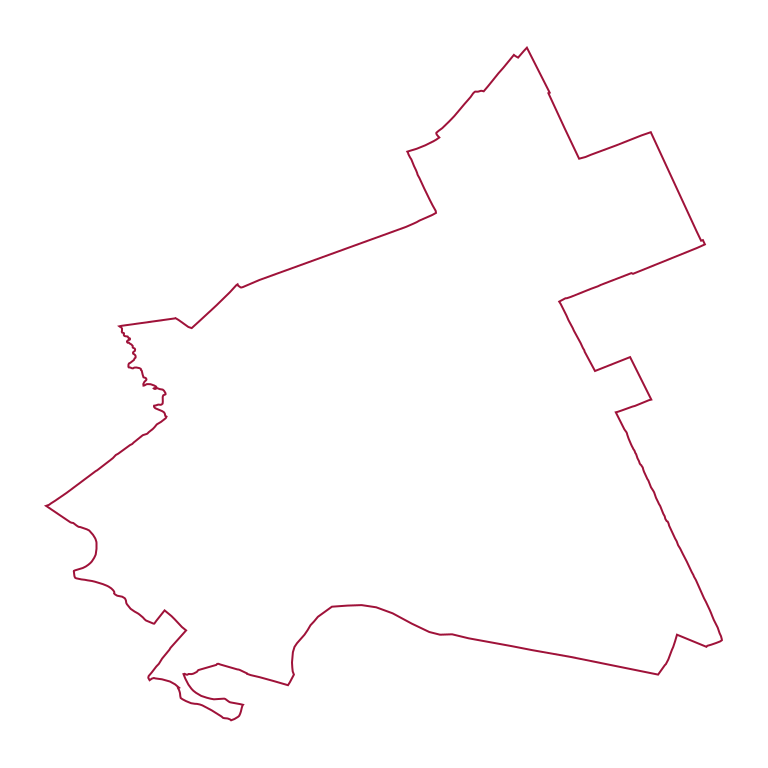 outline of Parscoveni, Olt, Romania
{"feature_id": "2599482B95439392945311", "entity_name": "Parscoveni", "entity_type": "district", "adm_level": 2, "iso_a3": "ROU", "parent_name": "Romania", "parent_adm1": "Olt", "projection": "robinson", "projection_center": [24.206, 44.311], "detail": "fine", "context": "isolated", "style": "outline", "palette": "rose", "viewbox_px": 768, "rotation_deg": 0, "n_neighbors": 0, "source": "geoboundaries", "source_scale": "gbopen_adm2", "svg_char_len": 6066}
<svg xmlns="http://www.w3.org/2000/svg" viewBox="0 0 768 768"><path d="M704.9,244.4L702.9,240.1L701.1,240.7L696.5,231.1L650.8,132.2L641.5,135.4L616.2,145.4L590.8,154.8L585.5,157.0L579.1,158.7L564.6,128.2L548.4,93.2L549.7,92.7L526.9,47.7L523.9,50.9L518.1,57.6L515.1,55.9L513.9,54.9L503.3,67.8L498.6,73.1L487.8,86.5L483.7,91.3L481.6,90.8L480.6,90.9L478.3,91.6L477.5,91.7L475.6,91.6L475.0,91.7L474.1,92.4L473.1,93.4L470.6,97.0L464.4,104.1L454.3,116.1L449.3,121.3L442.2,128.2L438.9,130.6L436.4,132.7L436.3,133.4L436.7,134.5L437.9,136.0L439.3,137.5L436.3,139.6L433.9,141.0L425.3,145.3L416.6,148.8L407.3,151.6L408.1,153.0L408.4,154.2L410.1,157.5L411.3,159.3L414.0,166.0L416.1,170.4L417.2,173.2L417.5,174.5L418.0,175.5L419.4,178.0L424.2,188.4L429.7,199.7L432.5,205.2L435.7,210.9L436.0,212.9L432.4,214.9L419.4,220.6L416.8,222.1L413.8,223.5L406.0,226.9L259.4,280.0L242.8,287.1L241.2,287.5L240.6,287.4L238.1,285.6L237.6,284.3L236.4,285.1L229.9,292.2L216.6,305.2L200.6,320.0L191.7,328.1L188.4,327.0L178.3,319.8L175.4,318.1L174.9,318.4L121.7,325.8L119.4,326.3L120.2,326.9L120.9,326.9L122.0,328.6L122.0,330.5L121.8,331.8L122.2,332.6L123.7,333.0L124.0,333.4L123.8,334.9L124.0,335.4L124.4,335.9L125.3,336.2L127.6,336.5L128.6,338.0L129.7,338.3L130.0,338.8L129.9,339.5L129.4,339.8L128.5,339.9L127.0,341.3L127.0,341.8L127.3,342.4L127.9,342.8L128.8,342.6L129.8,343.6L131.3,344.4L132.7,345.9L132.7,347.4L132.9,347.7L134.6,348.5L134.9,348.9L135.1,349.4L134.9,350.8L133.4,352.0L133.1,352.4L133.0,353.0L133.1,353.4L133.3,353.8L134.3,354.3L135.2,355.2L135.6,356.1L135.6,357.4L135.4,357.8L134.6,358.4L133.9,360.0L130.3,362.8L129.2,363.3L128.9,363.6L128.5,364.5L128.4,366.5L128.6,367.2L128.8,367.4L130.2,367.5L131.8,368.2L132.5,368.3L133.1,368.3L134.3,367.6L136.4,367.5L139.3,368.1L140.7,368.8L140.9,369.2L141.1,370.2L141.6,370.5L141.8,371.0L142.7,374.8L143.5,377.3L145.7,378.0L146.4,379.1L146.4,379.7L146.1,380.2L144.5,381.7L143.6,383.4L143.3,384.1L143.5,385.6L144.5,385.4L146.4,384.3L147.2,384.1L150.4,384.2L151.4,384.5L154.2,385.5L156.1,386.6L156.3,387.0L155.9,387.8L154.1,388.2L153.8,388.4L154.4,388.9L155.5,388.9L156.7,388.2L157.1,388.1L159.7,389.1L162.7,389.6L164.0,390.7L165.4,393.0L165.6,394.1L165.4,394.4L163.4,395.2L162.9,396.2L162.7,397.2L162.8,401.8L162.6,403.6L161.6,404.5L160.7,404.8L158.2,404.6L155.9,405.4L154.1,405.7L154.0,406.7L154.7,407.7L155.4,408.3L162.1,411.1L163.7,412.1L164.2,412.6L164.8,413.7L165.3,415.9L166.5,416.6L165.8,418.1L161.0,421.9L156.8,424.4L154.6,427.1L153.0,428.8L148.6,432.3L147.4,433.6L146.2,434.1L143.0,435.1L142.0,435.8L133.7,442.5L132.2,444.0L130.0,445.1L118.2,453.7L115.8,455.0L112.9,458.1L109.2,461.0L97.0,470.4L95.7,471.1L66.7,492.8L54.9,500.9L51.1,503.3L49.1,504.8L46.1,505.9L70.4,522.3L71.5,522.7L73.3,523.0L76.5,525.5L78.5,526.8L80.4,527.1L86.8,529.3L89.2,530.5L93.0,534.8L95.1,538.2L95.6,539.3L96.4,541.9L96.5,543.0L96.5,548.8L95.7,554.6L94.2,557.8L91.8,561.5L90.4,563.0L88.4,564.7L85.8,566.5L82.8,568.0L75.2,570.3L73.9,570.9L73.8,571.2L74.0,572.6L74.4,575.9L74.6,576.7L75.2,577.8L76.2,578.3L81.4,579.4L84.9,579.8L87.4,580.3L92.0,581.0L94.9,581.7L102.8,584.1L106.8,585.7L108.6,586.6L111.3,588.4L113.3,590.4L114.2,591.8L114.3,592.5L114.1,593.4L114.9,594.3L117.2,595.7L122.2,596.7L124.7,598.2L125.1,598.7L125.9,600.4L126.3,603.0L126.9,604.2L130.6,608.8L134.5,611.5L137.9,613.4L139.3,614.4L142.9,617.4L144.6,619.3L146.0,620.5L153.2,623.5L154.1,623.7L154.4,623.5L156.4,620.7L164.6,610.4L171.5,616.1L174.8,619.4L181.9,627.0L186.1,630.4L170.9,647.4L170.2,648.3L169.5,649.6L162.1,658.6L158.9,663.8L156.3,666.5L151.7,672.5L149.3,675.3L148.7,676.0L148.3,677.4L148.4,678.1L149.6,680.2L151.9,678.6L153.9,678.0L155.3,678.4L162.0,679.3L169.9,681.5L171.2,682.2L175.0,684.3L179.0,687.7L178.0,688.1L179.0,689.9L179.6,691.7L180.0,693.2L180.3,696.2L180.7,698.0L182.4,699.2L186.0,701.1L191.1,703.2L194.9,703.8L197.0,703.9L199.9,704.5L202.4,705.4L211.8,710.4L221.5,716.5L223.1,717.9L224.6,718.2L227.1,718.4L228.3,718.7L230.4,719.6L231.1,720.3L234.5,719.0L238.1,716.8L239.2,715.8L240.2,713.6L240.9,711.5L241.8,707.7L242.5,705.5L243.0,704.8L240.0,704.1L230.6,702.4L229.6,702.1L228.5,701.4L225.3,699.0L224.4,698.7L223.3,698.7L213.9,699.3L210.6,698.7L206.7,697.7L201.2,695.9L196.0,692.8L193.3,690.7L191.4,688.7L188.4,684.6L185.3,678.6L183.5,674.1L184.6,673.8L186.2,674.6L187.4,674.7L188.6,674.0L191.6,674.1L193.5,673.6L196.8,671.9L198.3,670.1L216.3,664.9L217.2,663.9L218.5,663.8L220.3,664.5L237.3,669.4L238.8,669.6L240.1,670.1L247.0,673.4L247.0,673.8L250.7,675.1L259.7,677.2L273.5,681.0L288.0,685.2L289.9,682.2L293.9,674.6L292.7,671.4L292.3,667.6L292.0,662.5L292.9,652.2L294.5,646.9L297.0,643.2L304.5,634.7L307.7,630.0L310.5,625.2L314.0,621.5L317.9,616.8L331.9,606.7L347.4,605.6L361.6,605.1L376.2,607.3L392.6,613.3L411.9,623.7L429.3,632.0L440.0,634.7L452.1,634.3L468.6,638.3L512.0,646.2L532.0,650.1L571.0,657.0L658.1,674.6L664.8,665.2L665.9,664.1L668.3,659.5L671.9,649.9L673.2,647.0L675.1,641.2L677.0,634.7L706.4,646.8L707.3,645.8L711.2,644.7L716.1,643.0L720.2,641.4L721.9,640.2L721.8,639.2L721.0,636.2L719.6,633.2L717.7,627.6L713.8,619.9L712.0,615.5L711.2,613.4L709.8,610.1L705.9,601.8L704.0,598.2L695.9,580.0L693.9,576.5L693.5,575.3L691.7,572.0L686.8,561.6L682.8,553.9L680.2,548.6L678.1,545.2L676.7,541.3L675.1,538.5L669.1,525.6L668.6,523.6L667.7,521.6L666.7,521.1L665.3,518.8L664.7,516.3L663.3,513.8L660.2,506.0L658.8,503.7L658.3,502.5L656.0,497.8L654.1,492.3L653.2,490.7L651.0,487.3L648.3,480.4L647.4,479.1L644.0,471.7L643.3,469.7L642.7,467.4L641.8,466.2L641.3,465.2L640.4,464.5L639.7,463.4L639.0,461.2L637.5,458.3L636.1,454.1L635.4,453.1L634.4,450.5L633.2,448.8L632.8,447.8L632.0,446.4L630.9,444.0L628.6,438.6L627.2,434.5L627.0,433.5L626.5,432.3L624.4,429.4L615.8,412.3L617.5,411.9L621.6,410.5L632.4,406.6L635.0,405.9L648.9,400.2L651.3,399.6L630.1,357.1L595.0,371.0L584.6,351.6L584.3,350.3L582.9,348.0L580.6,343.0L573.9,330.7L572.7,328.0L568.5,320.2L566.5,315.6L560.7,304.0L559.2,301.6L565.4,298.3L566.9,298.2L570.8,296.9L591.0,288.8L597.9,286.3L600.8,284.9L631.4,273.1L633.0,273.8L697.4,247.8L704.9,244.4Z" fill="none" stroke="#9f1239" stroke-width="2"/></svg>